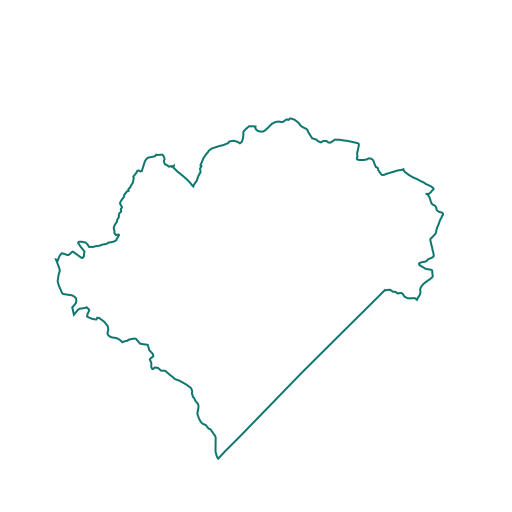 Lubao, Kasaï-Oriental, Democratic Republic of the Congo (Albers equal-area conic projection), rotated 134°
{"feature_id": "63176286B12881144084902", "entity_name": "Lubao", "entity_type": "district", "adm_level": 2, "iso_a3": "COD", "parent_name": "Democratic Republic of the Congo", "parent_adm1": "Kasaï-Oriental", "projection": "albers", "projection_center": [25.343, -5.578], "detail": "fine", "context": "isolated", "style": "outline", "palette": "teal", "viewbox_px": 512, "rotation_deg": 134, "n_neighbors": 0, "source": "geoboundaries", "source_scale": "gbopen_adm2", "svg_char_len": 6108}
<svg xmlns="http://www.w3.org/2000/svg" viewBox="0 0 512 512"><g transform="rotate(134 256 256)"><path d="M410.9,292.3L407.6,290.7L406.2,289.5L404.9,289.6L400.5,286.7L399.0,285.0L399.2,282.3L399.6,278.6L398.5,276.8L395.1,272.2L396.0,270.6L397.9,267.2L398.0,265.0L398.2,262.0L399.2,260.4L400.0,260.2L401.7,260.5L403.8,260.7L404.4,260.3L404.7,259.2L405.6,257.1L406.6,256.1L408.6,254.3L409.3,252.3L408.9,251.5L406.5,251.4L404.6,248.8L404.4,244.6L401.7,241.7L401.6,239.5L401.3,235.1L400.9,231.9L400.9,229.0L399.0,224.8L398.0,221.2L396.8,216.4L396.2,211.0L396.7,209.6L397.7,207.9L399.7,206.3L400.2,204.8L401.1,203.7L401.1,202.0L402.2,199.4L402.7,195.3L403.5,193.6L405.3,191.8L407.3,190.8L408.1,189.9L409.5,189.3L410.5,188.1L412.4,184.4L413.4,181.5L413.8,179.3L413.6,177.2L412.5,175.0L413.1,170.1L412.5,169.1L412.4,167.8L413.8,160.6L414.6,158.9L424.6,149.5L427.0,145.7L427.8,143.7L428.0,142.4L419.1,142.6L394.6,142.2L308.0,142.0L242.6,140.7L221.7,140.2L190.9,139.6L190.8,139.0L189.2,138.0L187.0,135.9L186.7,132.9L184.9,130.7L184.5,127.9L182.9,127.0L181.7,125.9L181.3,124.2L182.1,120.8L181.0,117.5L179.8,116.1L176.2,112.7L175.8,111.7L175.7,109.8L174.7,110.2L173.5,110.5L171.3,110.9L169.7,111.4L168.8,111.8L168.3,112.2L166.8,113.7L165.8,114.9L164.7,115.4L163.2,115.8L160.7,116.1L158.3,116.0L155.3,115.5L153.7,115.2L152.2,114.8L151.0,114.7L150.0,114.5L148.7,114.5L147.7,114.9L146.8,116.0L146.0,117.0L145.2,117.9L144.6,118.6L144.1,119.2L144.0,119.6L144.4,120.6L144.8,121.5L145.5,122.2L146.3,123.5L147.1,124.6L147.5,125.5L147.9,127.6L148.4,129.3L148.5,130.1L148.6,130.9L149.1,132.0L148.3,133.4L147.6,133.5L146.2,132.9L145.1,132.3L143.6,131.2L142.5,130.3L140.7,129.8L139.5,129.9L138.8,129.9L137.9,129.5L135.5,128.5L134.0,128.0L132.6,128.1L132.0,128.8L131.2,129.6L129.6,132.1L128.9,133.5L127.6,135.0L127.0,136.1L126.5,137.0L126.0,137.8L125.5,138.5L123.5,141.7L122.6,142.3L121.8,142.4L120.6,142.3L118.5,142.3L117.5,142.3L116.7,142.3L115.1,142.4L113.4,143.2L112.1,144.3L110.5,144.9L109.6,145.5L107.8,146.1L106.3,146.7L103.1,148.2L100.8,149.0L99.3,149.3L98.3,149.9L96.5,150.1L95.6,151.1L95.6,152.2L96.0,153.2L96.7,154.2L97.1,155.0L97.2,155.9L97.4,156.8L97.4,157.6L97.1,158.4L96.7,159.1L96.1,159.9L95.6,161.1L95.6,162.6L95.8,163.3L96.2,164.4L96.3,166.0L95.7,167.4L95.1,168.7L94.3,169.9L93.7,171.1L93.3,172.0L93.0,173.1L92.7,174.3L92.6,175.4L92.8,176.3L92.5,176.2L91.5,174.9L88.7,174.5L87.1,174.8L85.2,174.6L84.4,174.8L84.0,175.5L84.1,176.5L84.2,177.5L84.4,178.8L85.0,180.5L85.5,181.9L86.3,184.0L86.4,185.2L86.6,186.5L87.6,189.2L88.1,191.0L88.6,192.7L89.2,194.8L89.9,196.2L91.4,201.6L91.6,203.1L91.8,204.9L92.1,207.1L92.0,208.6L91.2,210.3L93.1,211.1L95.3,213.0L97.1,214.1L99.7,215.5L103.9,217.9L106.6,219.4L108.8,220.3L109.8,221.2L110.2,221.9L110.2,222.8L110.1,223.8L109.7,225.6L109.3,227.8L108.4,228.8L108.1,229.5L108.3,230.1L108.4,230.7L108.5,231.4L108.7,231.5L107.6,234.3L106.3,236.8L105.8,238.1L105.8,239.9L106.7,242.0L108.0,243.0L109.1,243.1L110.4,244.0L111.5,244.7L112.5,245.6L115.2,248.4L116.2,250.1L116.2,250.8L114.9,251.8L113.8,252.2L113.1,253.3L112.4,254.1L111.5,254.9L109.0,256.3L104.8,259.0L104.1,259.8L104.0,260.8L104.8,262.2L105.4,263.3L106.7,265.3L108.4,268.1L109.9,270.6L111.3,272.2L114.3,276.6L117.5,280.1L120.3,280.6L122.6,281.2L123.6,282.0L124.2,283.4L124.3,285.1L126.3,287.4L129.2,288.2L130.3,291.0L130.3,293.3L132.3,297.4L130.5,304.8L129.7,306.3L129.6,308.0L131.1,312.7L131.2,314.6L130.6,317.7L131.2,322.9L132.5,325.8L133.2,326.8L133.9,327.1L135.1,327.0L135.6,327.3L136.1,328.4L136.9,329.0L139.5,329.5L141.5,330.1L143.2,332.7L145.4,334.6L146.9,335.4L150.0,336.4L153.4,336.5L155.8,336.5L159.4,336.7L161.3,337.3L162.6,338.3L164.2,340.4L164.8,341.9L164.9,344.0L164.2,345.7L163.2,346.3L165.1,348.7L166.1,349.4L166.7,350.5L167.8,351.1L169.4,351.3L172.2,351.5L174.7,351.5L176.0,350.9L177.6,349.3L179.4,347.8L182.3,346.1L184.3,345.5L186.2,345.9L186.7,348.6L188.6,352.1L192.0,354.7L194.1,354.5L195.2,354.9L197.2,355.8L199.6,356.9L201.4,358.2L204.3,359.8L206.4,360.9L209.4,362.5L212.9,363.1L215.2,362.6L216.3,362.7L221.8,361.9L227.1,359.8L229.0,359.2L229.6,358.5L229.2,357.8L229.9,357.4L232.0,357.0L233.9,354.4L234.8,353.9L235.6,354.0L235.9,353.7L238.6,353.0L243.2,350.8L245.4,350.6L248.3,350.1L249.5,349.4L249.6,350.3L249.1,354.3L248.9,358.8L249.2,364.7L249.8,371.1L249.8,376.7L248.1,377.9L250.4,378.6L250.3,379.3L250.8,380.0L251.8,380.3L252.3,380.9L252.3,382.5L253.2,385.2L252.5,387.0L251.5,388.3L249.6,389.2L248.7,390.9L248.1,393.1L248.3,393.9L252.0,397.3L252.5,398.2L253.9,398.0L254.5,398.1L255.0,398.3L260.3,402.0L262.7,402.2L265.1,401.7L271.9,398.3L274.3,397.1L275.5,398.0L276.1,400.0L277.6,400.5L279.1,399.9L284.1,399.4L285.1,397.9L288.9,395.5L292.4,394.8L293.9,394.1L296.1,394.3L296.7,394.1L297.6,392.9L299.0,393.7L303.5,393.3L304.9,392.1L310.3,391.4L312.3,390.6L313.0,389.7L313.8,386.7L314.3,386.0L314.8,386.0L315.8,386.0L316.6,385.5L317.2,384.4L317.8,383.9L320.3,383.9L321.5,383.4L323.0,381.9L323.8,381.5L326.3,381.0L327.9,379.9L331.2,379.3L333.9,378.3L335.0,377.5L336.3,375.2L337.8,373.9L338.3,371.4L336.2,370.0L336.0,369.5L336.2,369.0L340.7,368.0L341.3,367.5L343.4,367.9L344.8,368.5L346.8,369.8L348.4,371.2L350.6,371.8L351.8,372.3L354.0,374.1L357.4,375.8L360.1,378.0L362.8,379.6L363.9,380.9L365.4,382.2L364.7,385.3L364.7,387.9L365.7,389.5L366.8,391.3L369.0,393.4L370.2,393.0L371.2,388.3L371.4,386.0L372.0,382.4L373.6,381.4L375.8,379.6L377.9,379.4L378.6,380.6L379.9,390.1L380.2,390.9L381.9,391.3L383.7,391.2L385.5,391.6L386.5,392.6L387.5,395.1L388.8,397.5L391.3,397.6L393.0,397.1L395.3,396.2L396.7,395.5L397.5,397.4L400.8,390.3L402.7,387.0L406.7,384.9L411.9,381.2L414.2,377.4L416.3,372.3L417.4,369.6L417.3,368.3L413.6,363.1L412.1,361.1L411.4,358.4L411.5,356.0L412.9,354.2L414.9,352.9L417.8,352.6L420.6,352.5L424.7,346.2L418.3,346.7L416.4,346.2L414.3,344.5L411.2,342.3L410.5,342.1L410.5,339.0L411.2,338.0L414.5,337.0L416.3,336.0L416.9,335.2L415.1,330.3L413.3,327.6L412.5,326.7L410.8,327.3L409.6,326.1L408.7,319.5L409.5,313.8L411.4,311.3L415.0,309.0L415.6,307.3L415.4,304.8L414.5,302.8L413.4,301.4L411.9,299.2L410.9,295.6L410.9,293.8L410.9,292.3Z" fill="none" stroke="#0f766e" stroke-width="2"/></g></svg>